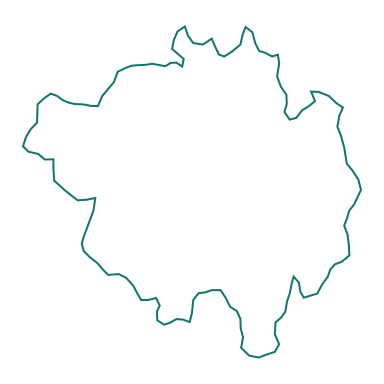 outline of Ibituruna, Minas Gerais, Brazil
{"feature_id": "56859067B57864573581832", "entity_name": "Ibituruna", "entity_type": "district", "adm_level": 2, "iso_a3": "BRA", "parent_name": "Brazil", "parent_adm1": "Minas Gerais", "projection": "equal_earth", "projection_center": [-44.785, -21.171], "detail": "fine", "context": "isolated", "style": "outline", "palette": "teal", "viewbox_px": 384, "rotation_deg": 0, "n_neighbors": 0, "source": "geoboundaries", "source_scale": "gbopen_adm2", "svg_char_len": 1929}
<svg xmlns="http://www.w3.org/2000/svg" viewBox="0 0 384 384"><path d="M28.4,151.7L38.2,153.9L44.8,159.5L53.4,159.3L53.4,168.2L54.2,180.6L64.0,189.6L71.2,195.4L77.7,200.3L86.9,199.7L95.3,198.0L93.5,210.4L90.4,218.8L86.9,228.3L83.7,236.7L81.8,243.5L83.6,250.9L89.6,257.0L97.4,263.1L103.0,269.7L108.2,274.9L118.8,274.1L126.1,277.8L133.2,285.7L137.7,294.1L141.2,300.0L148.2,300.0L156.1,298.0L159.7,305.6L156.9,311.7L157.3,320.3L164.1,324.7L170.1,322.7L176.4,319.1L183.1,319.6L189.7,322.1L192.0,312.7L193.2,300.0L198.6,293.2L205.1,292.4L211.9,290.1L220.6,290.1L225.6,297.7L230.1,306.8L236.7,310.9L240.4,318.8L240.7,328.4L243.1,337.4L241.1,347.8L249.3,355.7L258.9,357.5L267.4,354.3L274.8,351.9L279.1,344.3L274.8,334.0L275.5,322.4L281.1,317.6L285.3,311.7L287.0,301.6L290.0,292.6L291.5,284.5L293.6,276.6L298.9,282.6L300.4,291.8L303.8,297.7L311.2,295.4L317.3,293.6L322.1,284.5L327.7,276.9L330.2,269.7L334.9,264.3L341.7,261.8L349.4,255.4L348.8,244.3L347.6,234.8L344.2,225.6L347.1,217.9L349.2,210.7L354.1,204.4L357.7,196.9L361.0,189.8L358.3,179.4L352.2,170.2L346.8,163.7L344.2,147.5L341.1,136.2L337.4,126.7L339.4,115.5L342.9,107.5L336.3,103.1L328.9,96.0L318.6,91.9L311.1,91.6L315.0,101.1L309.0,106.1L302.0,110.4L296.3,117.9L289.7,119.6L284.4,112.0L286.8,104.0L286.4,94.7L280.9,86.8L277.1,76.4L279.2,63.4L277.9,54.7L272.2,56.5L265.7,53.0L259.1,50.9L255.3,43.3L252.4,32.3L245.6,27.0L242.6,34.6L240.4,44.6L231.6,51.9L224.2,56.5L218.9,54.5L215.5,47.4L211.7,38.7L202.8,44.6L193.2,43.0L187.8,35.4L184.9,26.5L177.5,31.5L173.9,39.9L172.1,48.9L177.2,53.3L183.7,58.9L182.2,66.5L176.3,62.6L170.7,62.9L165.3,66.2L158.4,64.9L152.2,63.8L144.9,64.9L137.6,65.2L131.7,65.7L125.5,68.0L117.8,71.7L113.9,82.1L108.9,88.1L102.3,96.0L97.9,106.1L91.1,105.9L83.1,104.4L74.6,104.0L68.2,102.5L62.5,100.0L57.2,96.0L50.7,93.6L43.5,98.8L37.6,104.4L37.3,114.8L37.0,122.7L30.8,129.0L26.0,137.0L23.0,146.3L28.4,151.7Z" fill="none" stroke="#0f766e" stroke-width="2"/></svg>